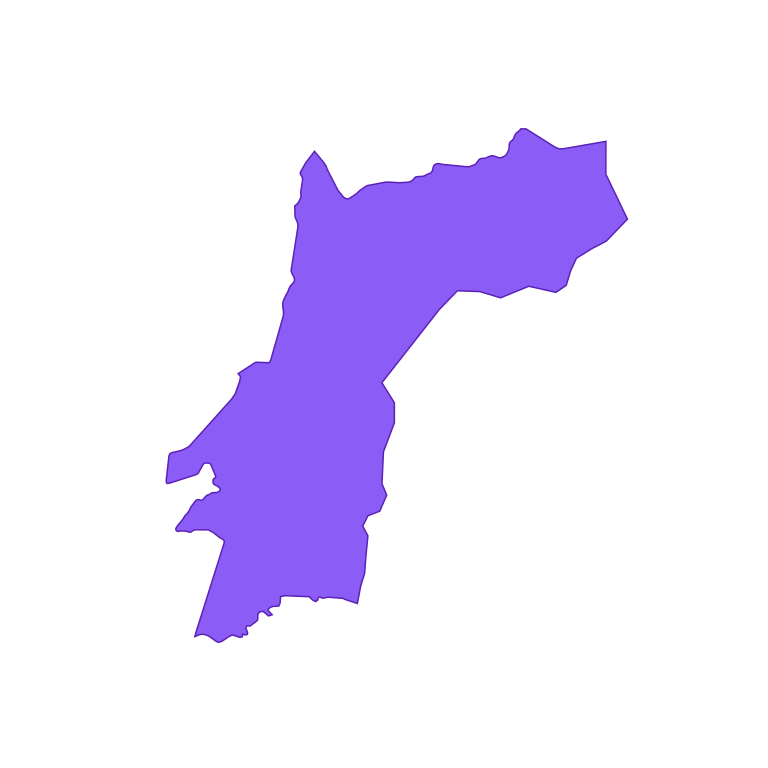 map outline of Hadjer-Lamis (orthographic projection), rotated 287°
{"feature_id": "TCD-1464", "entity_name": "Hadjer-Lamis", "entity_type": "Prefecture", "adm_level": 1, "iso_a3": "TCD", "parent_name": "Chad", "parent_adm1": "", "projection": "orthographic", "projection_center": [15.964, 12.449], "detail": "fine", "context": "isolated", "style": "filled", "palette": "violet", "viewbox_px": 768, "rotation_deg": 287, "n_neighbors": 0, "source": "natural_earth", "source_scale": "10m", "svg_char_len": 4178}
<svg xmlns="http://www.w3.org/2000/svg" viewBox="0 0 768 768"><g transform="rotate(287 384 384)"><path d="M101.8,322.4L100.7,322.2L100.0,321.3L99.6,319.6L99.7,312.3L96.3,308.8L90.6,304.3L88.6,301.5L88.7,299.1L91.7,290.2L92.0,286.3L91.5,283.1L89.9,280.2L87.3,277.3L87.1,277.0L90.8,276.8L184.5,277.6L186.2,277.4L187.5,276.9L188.1,275.7L189.3,271.1L192.0,264.2L193.0,259.8L193.0,258.6L192.8,257.5L189.5,246.5L189.0,245.6L188.5,244.8L187.8,244.1L186.3,242.9L185.7,242.2L185.4,241.1L185.3,237.5L184.6,234.2L183.9,232.3L183.0,230.6L182.8,229.6L182.9,228.6L183.4,227.8L184.4,227.3L185.8,227.3L189.6,228.5L192.6,229.9L196.6,231.4L198.8,231.9L199.9,232.2L200.8,232.6L201.6,233.2L202.9,233.8L204.8,234.4L210.5,235.5L216.9,237.8L217.7,238.3L218.4,238.8L218.9,239.5L219.3,240.4L219.2,242.5L219.3,243.4L219.9,244.1L220.6,244.6L225.3,246.8L226.0,247.4L227.0,249.0L227.7,249.6L228.5,250.2L229.2,250.8L229.8,251.5L231.2,255.4L231.7,256.2L232.3,257.0L233.0,257.6L233.8,258.1L234.7,258.3L235.7,258.0L236.8,256.7L237.3,255.4L237.7,254.2L238.1,251.8L238.4,250.7L238.9,249.9L239.5,249.5L240.1,249.2L241.6,248.7L242.7,248.6L243.6,248.8L245.0,250.2L245.7,250.4L246.7,249.9L256.3,242.0L256.9,241.2L257.1,240.3L257.1,239.3L256.2,236.3L255.7,235.5L255.0,234.9L254.0,234.5L244.9,232.6L244.0,232.2L243.2,231.7L242.6,231.1L226.4,207.8L225.4,205.7L226.3,204.6L228.3,203.9L252.2,199.4L254.3,199.5L255.5,200.4L256.3,201.2L260.7,208.8L263.0,211.8L266.4,215.1L268.0,216.2L290.4,226.6L324.8,242.6L331.1,244.6L344.5,245.2L349.0,244.7L351.3,241.5L366.6,254.3L367.6,255.9L370.7,267.9L373.2,268.7L419.7,267.8L421.5,267.5L424.3,266.5L428.1,264.7L431.0,263.7L432.5,263.5L434.4,263.4L441.3,264.4L443.4,265.0L447.9,265.3L450.4,265.8L453.1,267.2L455.1,267.9L456.3,268.1L457.5,267.9L459.1,267.1L460.2,266.4L462.2,264.2L463.7,263.0L465.4,262.0L508.6,255.8L510.8,255.2L512.5,254.3L514.1,253.3L516.9,250.7L518.3,250.0L520.2,249.2L524.0,248.1L525.8,247.3L527.3,246.8L528.3,246.7L531.1,248.4L532.7,249.1L537.3,249.9L538.9,249.9L542.2,248.6L544.3,248.1L555.1,246.5L556.6,246.0L557.7,245.5L560.2,242.8L560.9,242.3L562.5,242.2L572.7,244.5L586.2,249.5L578.1,261.8L575.2,265.1L572.6,267.0L555.9,283.2L551.0,290.4L550.6,291.4L550.3,292.6L550.2,294.1L550.5,295.2L551.0,296.1L551.7,296.9L557.6,301.7L562.0,304.3L567.8,308.9L569.0,310.3L577.2,325.9L578.0,327.7L581.1,340.3L583.7,347.2L584.9,349.5L585.5,350.3L586.1,351.0L586.9,351.5L587.8,352.1L589.7,352.8L590.6,353.3L591.3,353.9L592.0,355.1L593.7,359.7L594.5,361.3L595.4,362.3L596.9,363.8L598.5,365.8L599.1,366.6L599.9,367.1L600.8,367.6L601.9,367.8L603.1,367.9L605.5,367.7L606.7,367.7L608.0,368.1L609.2,368.9L610.5,370.9L610.9,372.7L611.0,375.1L615.9,399.3L616.7,402.0L620.2,406.5L620.9,407.1L621.7,407.6L626.4,409.3L627.1,409.8L627.8,410.6L628.4,411.8L629.6,414.9L630.3,415.8L632.1,417.7L633.4,419.6L634.0,421.0L634.2,422.4L634.0,427.7L634.3,429.1L634.8,430.1L637.4,432.8L638.2,433.4L639.1,433.9L640.1,434.2L642.4,434.6L644.7,434.8L645.8,434.7L646.9,434.5L648.9,433.9L650.0,433.7L651.1,433.7L652.2,433.9L653.0,434.3L654.5,435.5L655.4,435.8L656.4,436.1L660.4,436.5L661.5,436.8L662.5,437.1L664.1,438.2L664.9,438.8L666.5,439.7L668.0,440.2L669.5,445.3L660.7,477.6L660.2,480.4L660.2,483.3L661.4,486.7L680.9,525.3L649.5,534.8L612.9,568.6L585.8,554.9L574.1,543.1L560.6,531.3L547.0,529.4L531.6,529.4L521.9,521.6L519.8,493.9L510.2,482.1L500.5,470.3L500.4,448.6L494.6,426.9L471.4,415.1L384.6,381.6L369.1,399.4L349.9,405.3L319.0,403.3L288.1,411.2L278.5,419.1L261.1,417.1L253.4,407.2L241.9,405.2L234.1,413.0L214.8,416.9L197.4,420.8L183.9,420.8L166.3,422.7L166.6,409.3L167.0,407.6L163.8,392.9L161.3,388.2L161.2,387.3L161.5,385.1L161.3,384.4L160.3,383.7L159.1,383.3L158.3,383.4L158.7,384.3L157.1,382.9L156.3,382.8L156.0,382.4L156.2,380.3L156.5,379.0L158.0,376.0L158.8,375.0L152.6,351.2L150.4,347.2L144.2,348.7L140.9,348.3L139.6,345.1L139.1,343.3L137.8,341.4L136.2,339.8L134.4,339.1L133.4,339.7L130.6,344.5L128.4,341.3L131.2,335.0L129.9,331.8L126.9,330.7L121.3,332.2L118.3,330.4L117.1,329.3L113.8,327.1L113.1,326.0L113.1,324.8L112.7,323.8L111.2,323.2L110.0,323.5L106.4,326.2L104.6,326.5L103.7,325.4L103.5,323.7L103.5,321.8L101.8,322.4Z" fill="#8b5cf6" stroke="#5b21b6" stroke-width="1.5"/></g></svg>